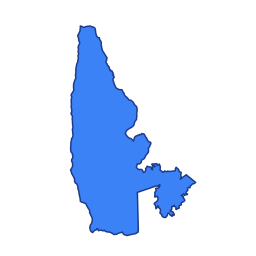 Apulo, Cundinamarca, Colombia (Robinson projection), rotated 354°
{"feature_id": "7082276B77880035586372", "entity_name": "Apulo", "entity_type": "district", "adm_level": 2, "iso_a3": "COL", "parent_name": "Colombia", "parent_adm1": "Cundinamarca", "projection": "robinson", "projection_center": [-74.565, 4.536], "detail": "fine", "context": "isolated", "style": "filled", "palette": "blue", "viewbox_px": 256, "rotation_deg": 354, "n_neighbors": 0, "source": "geoboundaries", "source_scale": "gbopen_adm2", "svg_char_len": 5914}
<svg xmlns="http://www.w3.org/2000/svg" viewBox="0 0 256 256"><g transform="rotate(354 128 128)"><path d="M87.7,30.6L87.9,31.0L87.8,32.5L88.4,33.8L88.1,35.2L88.1,35.8L88.8,37.9L88.9,38.6L87.6,40.6L86.8,42.5L87.0,44.3L86.3,47.4L86.6,47.9L86.7,48.5L86.6,49.1L85.9,50.6L85.8,54.2L85.1,55.5L84.9,57.2L84.2,58.1L83.4,60.0L82.1,64.8L82.1,66.5L81.3,69.9L81.3,72.8L79.7,75.8L78.5,78.6L78.0,82.5L78.1,84.8L75.0,88.9L74.9,90.2L75.3,91.3L75.3,91.9L74.5,93.4L74.1,99.2L73.7,100.8L73.9,103.2L73.7,106.3L73.6,106.7L73.2,106.8L72.9,107.7L73.0,108.4L73.9,110.2L73.9,111.0L73.4,113.7L73.5,114.7L73.2,119.5L73.4,121.2L73.2,122.1L72.5,123.6L72.6,125.5L72.5,126.5L72.6,129.1L72.2,130.9L71.7,131.7L70.7,132.9L70.7,133.6L69.8,136.1L68.8,142.4L68.7,144.7L69.1,146.4L69.6,146.8L69.9,147.6L70.2,150.8L70.1,151.5L68.8,153.4L68.5,154.8L68.5,155.5L69.1,156.4L69.2,157.2L69.0,157.9L69.2,159.4L68.8,160.3L67.6,162.5L66.9,163.1L66.5,163.8L66.8,164.7L67.3,167.7L67.8,168.5L69.5,172.9L69.3,175.9L70.2,177.5L70.7,177.6L71.1,178.0L72.0,180.9L72.1,181.8L71.8,182.9L72.3,185.0L72.7,190.8L73.0,192.2L73.0,196.1L78.4,199.0L78.5,200.0L79.6,202.8L80.9,205.3L81.2,206.5L81.0,208.3L82.7,213.0L83.0,214.1L82.8,215.9L82.1,218.4L81.5,219.5L80.5,220.5L79.5,223.2L79.8,224.1L79.8,225.4L80.2,226.6L81.2,227.8L81.8,228.2L82.0,228.2L83.6,226.7L84.3,226.3L86.0,225.9L86.4,225.0L87.0,224.8L87.3,225.1L87.8,226.6L88.1,227.0L90.5,226.7L92.4,227.7L93.7,227.2L94.6,228.3L96.2,229.1L98.4,229.5L100.4,230.4L102.9,232.4L105.5,232.5L107.7,231.6L111.3,231.0L111.5,231.2L112.2,232.6L112.9,233.6L115.8,234.8L123.7,233.8L124.2,233.9L125.4,233.5L126.1,232.8L127.1,232.6L127.6,230.7L130.6,193.0L150.3,188.5L151.2,189.0L151.8,189.2L152.9,187.9L153.4,187.6L153.7,187.9L153.8,188.3L153.2,189.5L152.1,190.7L151.5,191.1L150.3,190.8L149.3,191.0L149.2,191.6L149.5,193.2L147.9,194.9L148.0,196.7L147.5,197.9L147.4,199.3L148.2,199.4L149.9,199.0L150.1,199.4L150.5,201.6L150.1,202.7L149.3,203.7L148.0,204.7L146.7,205.3L146.3,205.8L146.2,206.3L147.1,207.5L147.4,210.9L147.4,211.0L147.9,210.9L149.1,209.0L149.5,208.6L149.8,208.6L149.9,208.9L150.0,210.1L151.5,211.8L151.6,212.2L151.7,213.3L151.0,215.5L151.0,216.1L152.4,217.5L152.4,218.6L152.6,219.1L153.5,220.1L154.1,220.5L155.4,220.9L156.3,220.8L156.8,220.4L158.0,218.9L158.7,217.1L159.4,216.7L159.8,216.7L159.9,216.9L160.9,219.1L162.4,220.2L162.9,220.3L163.0,220.1L163.2,218.9L163.4,218.7L163.6,218.7L164.3,219.6L164.7,219.5L164.9,218.5L164.0,216.3L163.1,215.7L161.6,215.1L161.4,214.6L162.5,214.0L163.0,213.4L163.3,210.7L163.5,210.6L164.4,210.8L165.5,210.0L165.9,209.9L165.8,210.8L166.8,211.2L167.4,211.8L167.4,212.8L167.0,213.4L167.1,213.7L167.5,214.0L169.1,213.3L170.3,213.1L170.7,212.5L170.5,211.0L170.7,210.6L172.7,210.1L173.0,209.9L173.1,208.0L173.4,207.8L175.7,207.0L176.8,206.2L176.8,204.9L175.6,203.6L176.0,202.5L175.9,201.8L175.3,201.4L174.3,201.1L174.1,200.6L175.1,200.3L176.1,199.4L176.4,199.3L176.9,199.5L177.2,200.8L177.5,200.8L178.4,200.4L179.9,200.4L180.2,199.8L179.0,199.2L178.9,198.3L179.5,197.2L180.7,196.5L181.1,195.9L180.8,194.9L181.0,194.1L182.0,193.4L182.7,193.9L183.4,193.8L183.8,192.3L184.0,192.1L185.0,191.6L186.1,190.5L186.5,190.3L188.0,190.2L188.9,189.7L189.5,189.1L181.0,180.6L176.9,183.0L175.4,184.1L174.8,184.3L174.7,184.1L175.8,182.5L175.8,181.9L175.5,181.1L175.4,180.5L176.1,178.9L176.2,177.8L176.1,177.6L174.4,176.8L174.3,175.7L173.8,174.3L171.8,172.2L171.0,173.1L170.7,174.8L170.4,175.5L164.7,175.6L164.1,175.5L163.0,175.0L161.8,175.6L159.9,174.6L158.5,175.8L158.0,175.6L156.7,174.2L155.6,173.4L155.7,172.1L156.1,170.1L155.6,168.0L155.3,167.2L155.2,167.2L154.0,168.2L153.6,168.2L153.2,167.9L153.1,166.8L152.6,166.4L151.2,166.6L148.4,166.3L148.0,166.4L147.9,166.6L148.0,167.0L148.7,168.1L149.4,168.4L150.6,168.6L151.0,169.0L150.6,169.3L148.9,169.1L148.0,169.6L147.9,170.3L148.2,171.5L148.1,171.9L147.8,171.9L147.0,171.3L147.0,170.6L147.2,170.1L147.2,169.5L146.7,169.2L144.8,168.8L143.3,168.1L142.9,168.1L142.5,169.4L141.5,169.8L141.3,170.1L141.3,171.2L140.8,172.6L140.1,173.5L139.4,173.8L138.7,173.8L138.1,171.9L137.6,171.0L136.7,170.5L134.7,170.5L133.6,169.8L132.3,168.3L132.3,167.6L132.7,166.8L133.4,164.8L135.4,164.9L137.0,164.2L137.6,163.3L138.1,161.5L139.6,160.7L140.8,160.2L141.3,159.7L142.9,157.1L145.4,154.6L146.1,153.1L146.1,150.5L147.6,148.7L148.3,146.9L149.0,146.3L149.1,145.9L149.1,145.3L148.9,144.5L147.7,144.3L146.5,142.7L145.6,140.9L145.5,140.0L144.4,138.4L143.7,136.3L143.4,135.8L142.9,135.8L142.6,135.4L141.7,135.4L141.2,135.0L140.3,135.9L139.6,135.9L139.0,135.6L137.9,136.2L137.0,136.2L136.7,136.5L135.1,136.8L133.8,137.7L133.4,138.2L133.0,139.1L132.8,140.3L132.0,141.4L131.1,140.2L129.8,138.8L129.3,138.5L128.5,138.5L127.7,137.9L126.0,135.7L125.0,133.8L124.9,132.8L126.1,130.8L127.1,129.8L129.3,128.6L131.5,127.8L134.0,126.0L135.6,122.1L137.2,120.6L137.5,119.9L137.5,119.3L138.1,116.8L138.1,114.5L138.7,112.7L139.0,110.6L138.9,107.9L136.8,105.3L136.2,103.5L135.1,102.0L133.8,100.7L132.0,100.3L130.5,97.9L128.1,95.4L127.6,92.8L126.6,91.5L126.3,89.8L126.1,89.5L125.6,89.2L123.9,89.1L121.8,88.1L121.1,87.6L120.0,86.2L118.8,82.3L118.1,78.5L118.1,77.9L119.0,76.5L119.6,76.1L119.5,75.6L119.2,75.1L119.1,74.5L118.7,74.1L119.1,74.0L119.1,73.7L118.9,73.4L119.1,72.9L118.5,72.2L118.8,71.5L118.3,71.0L118.3,70.3L118.1,69.8L117.2,69.8L117.0,68.9L116.4,68.9L116.4,68.1L115.9,67.9L115.6,66.3L115.8,65.6L115.0,64.9L114.8,64.0L114.2,63.5L114.0,63.0L114.0,62.3L113.4,61.4L113.0,60.0L112.9,59.3L113.7,58.6L114.0,57.7L114.1,57.0L114.5,56.1L112.2,51.5L112.0,50.7L110.9,49.2L110.9,48.5L110.5,47.6L110.5,46.6L110.2,45.8L110.3,44.3L109.9,43.3L110.1,42.6L110.3,40.0L110.1,39.0L109.1,37.0L108.9,35.3L108.7,35.1L107.7,35.1L107.4,34.8L106.5,33.5L106.3,32.9L105.9,30.5L105.8,26.2L105.4,25.1L104.4,24.1L102.1,23.4L101.8,23.0L101.0,22.6L97.1,22.7L94.6,23.3L94.1,23.2L92.5,22.0L91.2,21.6L90.9,21.2L91.2,21.9L91.2,23.4L90.6,24.7L90.6,26.1L88.8,29.3L87.7,30.6Z" fill="#3b82f6" stroke="#1e3a8a" stroke-width="1.5"/></g></svg>